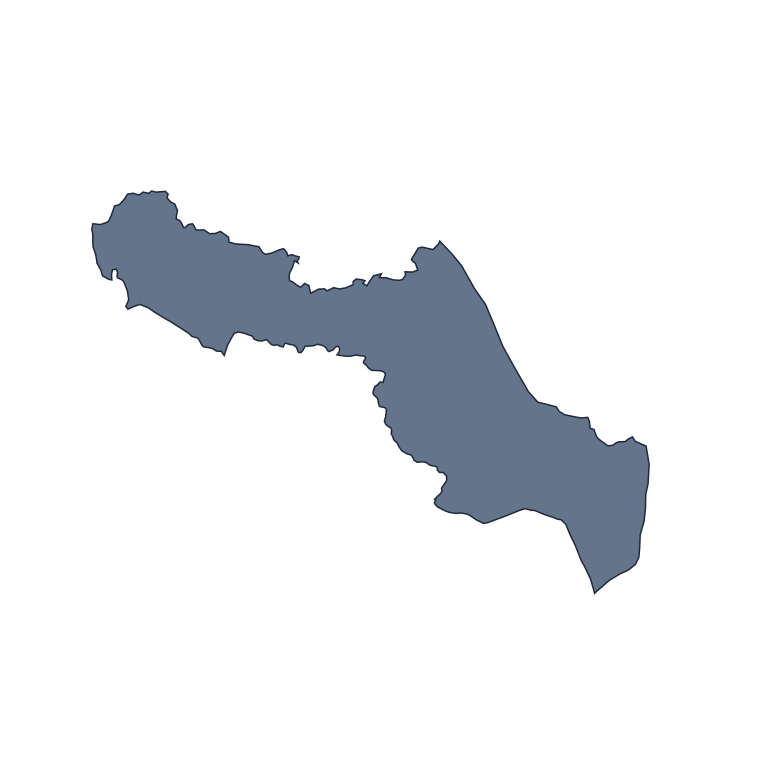 the district of Seekon, Sinoe, Liberia, rotated 67°
{"feature_id": "62588387B87591253137556", "entity_name": "Seekon", "entity_type": "district", "adm_level": 2, "iso_a3": "LBR", "parent_name": "Liberia", "parent_adm1": "Sinoe", "projection": "mercator", "projection_center": [-8.669, 5.635], "detail": "fine", "context": "isolated", "style": "filled", "palette": "slate", "viewbox_px": 768, "rotation_deg": 67, "n_neighbors": 0, "source": "geoboundaries", "source_scale": "gbopen_adm2", "svg_char_len": 4742}
<svg xmlns="http://www.w3.org/2000/svg" viewBox="0 0 768 768"><g transform="rotate(67 384 384)"><path d="M551.2,168.8L546.4,167.7L543.4,167.0L539.2,171.2L537.0,173.2L534.9,175.2L533.2,175.4L529.7,176.0L530.1,180.8L530.9,183.3L531.3,184.4L530.1,187.5L528.9,190.8L528.9,193.6L529.7,197.2L528.5,202.0L525.7,203.7L521.5,206.3L516.5,208.8L511.4,208.8L508.8,208.5L507.8,208.5L505.4,211.6L498.6,209.5L495.2,209.5L494.3,209.5L492.3,215.9L490.1,219.2L488.3,221.9L482.7,229.9L477.6,233.5L472.4,234.3L467.6,240.5L465.7,243.0L465.2,243.5L464.3,244.8L460.9,249.5L447.7,254.0L424.0,256.9L418.7,257.5L395.6,259.9L374.9,259.6L372.4,259.5L355.3,259.5L354.3,259.4L350.3,259.5L331.2,263.5L326.5,264.0L305.8,266.3L291.9,270.3L289.4,271.2L287.6,271.9L274.3,276.8L276.2,278.8L277.7,282.0L279.3,286.5L276.0,291.1L272.8,295.6L272.3,299.4L275.7,304.0L277.7,307.0L280.2,310.2L282.5,309.5L285.2,307.9L292.3,308.4L292.2,313.8L288.9,320.8L292.1,321.5L295.0,326.0L294.6,329.2L291.8,334.8L287.3,340.2L287.0,340.5L284.3,346.6L281.5,343.4L280.3,351.4L283.3,356.2L286.9,361.6L283.1,364.1L281.4,361.2L279.4,363.6L276.5,368.6L277.6,372.2L280.6,373.8L280.5,375.4L280.5,381.9L280.0,383.9L279.0,388.1L275.6,392.8L275.9,396.6L275.9,400.2L273.2,401.5L271.1,407.2L271.8,416.0L269.3,415.6L264.0,414.7L260.4,417.8L262.4,423.0L258.3,426.0L254.3,428.2L251.9,430.5L247.9,429.3L245.1,427.6L240.6,422.4L235.5,418.3L239.0,415.8L236.5,415.8L235.8,413.7L233.9,412.4L231.4,415.6L228.9,418.3L228.4,422.4L224.8,422.1L220.2,423.5L219.6,427.6L219.6,435.9L218.5,442.2L215.4,444.4L208.8,445.5L202.4,455.1L197.3,465.5L192.8,471.3L188.2,469.7L183.2,472.7L179.6,475.0L179.5,480.4L177.5,485.8L171.7,489.5L170.3,493.5L168.5,497.0L164.2,497.0L161.6,497.7L160.8,501.8L162.3,506.1L161.6,507.4L157.6,507.4L153.7,508.1L151.0,510.8L147.8,509.2L143.6,506.3L136.4,506.3L133.2,509.2L127.7,511.0L124.9,508.5L122.4,509.5L121.3,509.9L118.3,518.9L115.6,522.3L116.5,526.2L113.1,530.9L114.0,533.5L114.4,535.7L110.4,540.4L109.0,545.9L112.4,550.8L115.5,557.3L114.8,562.4L122.6,569.5L126.1,573.4L126.6,574.0L126.9,577.0L126.4,582.9L122.7,589.3L127.1,592.4L132.2,593.5L135.5,594.8L139.7,596.7L144.7,598.3L151.3,598.7L156.6,599.8L160.6,601.0L162.9,600.7L168.6,600.1L174.4,600.9L176.3,599.4L180.0,596.6L181.9,593.9L176.4,591.9L172.8,589.2L173.7,585.6L177.1,585.6L180.7,587.8L182.6,587.6L184.1,585.9L187.0,583.7L190.9,583.6L198.4,583.9L206.8,586.1L211.7,591.3L212.3,591.1L215.1,590.4L214.9,585.0L215.3,577.8L221.4,571.4L227.8,567.4L237.2,560.8L243.0,556.3L248.2,552.7L258.7,545.5L261.3,543.7L265.1,542.3L269.0,537.4L273.6,536.7L277.0,536.5L279.1,535.7L282.9,529.9L284.8,527.6L287.7,525.8L289.1,524.0L290.2,521.1L293.2,520.4L295.3,519.9L292.9,517.8L287.0,512.7L282.9,507.5L278.9,502.3L279.1,497.8L281.9,493.8L288.5,486.5L292.0,486.0L295.0,483.0L296.7,479.4L297.3,474.8L300.3,473.6L303.5,472.4L305.5,470.0L306.1,467.1L308.7,464.9L310.5,462.2L308.6,460.5L307.9,458.7L310.6,455.6L312.7,452.0L316.0,450.3L321.4,450.4L322.7,448.3L321.4,445.6L318.5,442.0L321.2,434.1L321.4,429.8L324.6,425.4L327.7,423.3L331.0,422.9L332.6,422.1L332.8,417.7L331.4,415.1L330.9,412.7L331.7,411.2L334.3,411.1L337.1,412.9L338.8,415.9L340.7,413.0L343.8,407.7L345.3,404.1L346.2,399.0L348.2,395.5L350.8,391.1L352.7,390.6L355.4,394.0L356.5,394.6L359.8,392.9L363.1,392.1L366.5,390.1L368.3,386.4L370.7,381.5L373.3,379.2L375.7,378.9L382.2,384.3L381.3,385.7L380.6,386.8L382.3,390.6L382.8,393.5L385.9,396.4L388.6,397.8L390.7,397.5L394.0,395.7L396.2,395.7L399.7,396.7L402.9,396.9L406.4,392.1L408.6,391.8L414.8,395.3L416.0,396.3L418.2,398.1L421.5,398.2L423.5,397.5L427.2,394.8L429.7,395.1L433.0,396.9L435.6,396.5L438.5,396.8L440.4,396.5L442.7,395.1L446.1,394.9L448.9,394.5L452.8,393.6L457.6,389.8L460.1,386.7L463.9,386.1L465.9,386.2L469.1,383.9L470.6,379.2L472.4,376.1L476.6,373.5L477.7,372.2L479.4,369.4L481.2,367.6L484.3,368.5L487.0,367.6L488.7,364.0L493.3,362.4L497.3,364.1L499.1,366.5L501.0,369.9L502.6,371.9L505.3,372.4L507.0,375.0L508.3,378.8L509.9,382.5L510.9,381.7L513.0,384.0L515.1,383.9L518.6,382.4L520.4,380.8L523.8,378.1L527.6,374.2L531.2,368.4L532.3,365.1L532.7,363.6L536.4,358.1L538.9,356.1L545.0,352.2L551.1,347.0L552.2,342.9L552.5,335.2L552.5,334.7L553.0,324.5L553.3,309.1L553.3,308.4L553.9,303.2L554.6,301.7L557.9,297.7L559.2,294.8L566.6,287.6L573.7,279.6L574.9,278.4L576.0,277.4L578.3,273.9L581.7,272.5L583.9,271.5L596.0,271.6L607.2,271.0L614.2,271.2L624.1,271.4L629.6,270.7L638.3,270.4L644.1,270.1L655.3,271.4L657.9,271.8L659.0,272.0L657.3,267.3L652.8,253.3L651.1,241.9L650.7,231.5L648.7,224.7L648.3,223.1L647.8,222.6L646.1,220.5L643.8,217.9L643.1,217.1L639.7,215.3L634.8,212.7L622.9,207.1L612.1,198.3L601.4,192.3L600.4,191.8L587.9,186.2L578.8,179.8L570.8,175.9L561.7,171.4L551.2,168.8Z" fill="#64748b" stroke="#1e293b" stroke-width="1.5"/></g></svg>